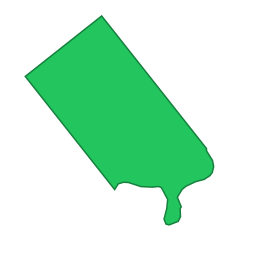 outline of Sully, South Dakota, United States of America, rotated 232°
{"feature_id": "52423323B41548750764016", "entity_name": "Sully", "entity_type": "district", "adm_level": 2, "iso_a3": "USA", "parent_name": "United States of America", "parent_adm1": "South Dakota", "projection": "orthographic", "projection_center": [-100.502, 44.723], "detail": "fine", "context": "isolated", "style": "filled", "palette": "green", "viewbox_px": 256, "rotation_deg": 232, "n_neighbors": 0, "source": "geoboundaries", "source_scale": "gbopen_adm2", "svg_char_len": 508}
<svg xmlns="http://www.w3.org/2000/svg" viewBox="0 0 256 256"><g transform="rotate(232 128 128)"><path d="M231.9,78.8L87.7,79.6L90.0,85.9L88.1,90.9L84.9,94.7L73.8,102.2L66.4,110.8L63.0,116.2L60.3,117.6L47.3,115.3L40.8,109.1L34.0,100.3L28.9,98.8L26.3,100.8L23.5,110.1L25.8,114.8L32.2,119.3L33.1,121.4L43.1,124.3L46.3,132.7L46.4,138.0L44.1,148.2L40.6,156.5L40.0,163.1L41.1,167.1L44.9,171.8L50.4,174.6L61.5,175.8L63.6,177.2L232.5,176.2L231.9,78.8Z" fill="#22c55e" stroke="#15803d" stroke-width="1.5"/></g></svg>